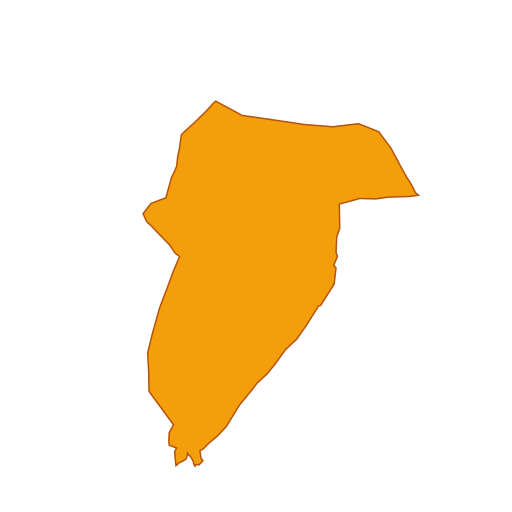 Santiago Cacaloxtepec, Oaxaca, Mexico (Mercator projection), rotated 331°
{"feature_id": "50627088B91472476679734", "entity_name": "Santiago Cacaloxtepec", "entity_type": "district", "adm_level": 2, "iso_a3": "MEX", "parent_name": "Mexico", "parent_adm1": "Oaxaca", "projection": "mercator", "projection_center": [-97.743, 17.73], "detail": "fine", "context": "isolated", "style": "filled", "palette": "amber", "viewbox_px": 512, "rotation_deg": 331, "n_neighbors": 0, "source": "geoboundaries", "source_scale": "gbopen_adm2", "svg_char_len": 1715}
<svg xmlns="http://www.w3.org/2000/svg" viewBox="0 0 512 512"><g transform="rotate(331 256 256)"><path d="M84.4,400.5L89.2,399.6L90.4,399.8L91.9,399.9L93.1,399.9L95.8,399.7L97.3,399.1L100.6,395.3L100.7,397.9L101.3,398.9L101.5,400.3L101.6,401.9L101.5,403.7L101.6,405.3L101.3,406.4L100.6,407.6L100.9,408.6L100.6,409.7L100.8,410.3L102.5,409.4L105.1,411.0L109.0,409.8L110.4,409.2L109.8,406.5L111.7,401.3L112.4,399.2L117.1,399.0L123.4,397.0L135.1,394.7L147.3,390.8L168.9,378.5L185.9,371.8L195.6,367.6L208.2,364.6L219.8,360.0L225.3,357.4L236.3,352.2L245.6,349.9L251.2,348.5L266.2,341.2L286.7,330.0L288.5,330.6L308.5,319.7L310.7,318.5L320.2,305.2L319.4,301.9L327.2,295.7L327.7,291.7L335.9,278.4L342.7,272.3L354.0,251.0L374.6,256.0L388.4,264.1L400.8,268.9L419.0,278.3L427.6,281.6L426.4,278.6L426.2,277.1L426.4,273.2L426.5,271.6L426.4,265.6L426.0,260.1L426.0,245.5L426.3,227.0L424.0,209.9L423.6,206.8L409.8,190.0L385.8,180.2L379.1,175.7L362.4,164.7L338.9,146.7L312.0,126.3L295.8,101.0L294.9,101.2L294.3,101.3L291.8,102.0L290.5,102.4L287.6,103.5L285.2,104.3L277.2,106.7L274.4,107.4L266.4,109.6L262.0,110.6L257.3,111.7L253.9,112.5L249.6,113.7L243.5,121.7L242.4,123.4L237.4,129.1L236.1,130.7L235.0,132.1L230.2,138.9L226.0,142.3L219.9,146.6L205.4,161.4L189.8,159.1L185.0,161.1L178.5,163.9L177.7,164.2L177.3,169.7L177.1,173.2L177.9,175.7L179.7,181.4L180.9,186.4L181.6,188.9L182.9,193.7L183.9,197.5L185.8,204.3L186.2,209.6L186.6,213.9L187.0,215.2L188.9,219.4L176.5,229.1L162.4,241.3L154.8,247.6L145.8,255.3L136.9,264.4L127.7,273.7L114.1,288.4L106.4,304.5L96.8,322.6L102.0,363.5L94.3,368.6L90.4,375.0L89.3,377.2L89.0,377.8L88.4,379.6L93.5,385.4L89.9,387.8L84.4,400.5Z" fill="#f59e0b" stroke="#b45309" stroke-width="1.5"/></g></svg>